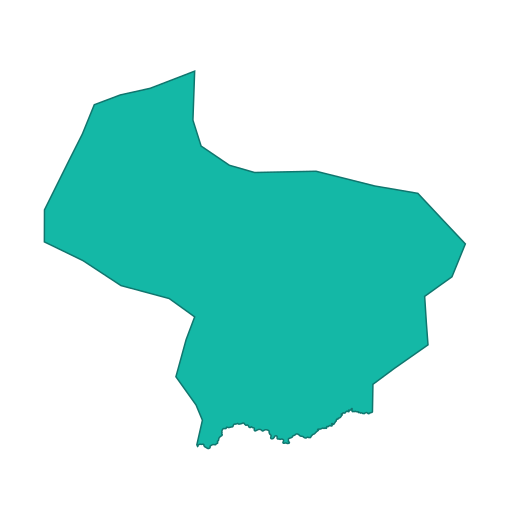 Erdenemandal, Arhangay, Mongolia, rotated 175°
{"feature_id": "93677404B38518016494864", "entity_name": "Erdenemandal", "entity_type": "district", "adm_level": 2, "iso_a3": "MNG", "parent_name": "Mongolia", "parent_adm1": "Arhangay", "projection": "robinson", "projection_center": [101.387, 48.374], "detail": "fine", "context": "isolated", "style": "filled", "palette": "teal", "viewbox_px": 512, "rotation_deg": 175, "n_neighbors": 0, "source": "geoboundaries", "source_scale": "gbopen_adm2", "svg_char_len": 5552}
<svg xmlns="http://www.w3.org/2000/svg" viewBox="0 0 512 512"><g transform="rotate(175 256 256)"><path d="M462.7,320.4L465.6,288.5L428.8,266.5L393.1,238.3L346.2,221.2L322.4,200.7L332.9,178.8L346.3,142.7L328.7,112.8L323.7,97.1L331.4,73.1L330.8,71.4L330.5,71.6L330.3,71.8L330.2,72.6L329.8,72.9L329.3,73.1L328.6,73.3L327.7,73.4L327.0,73.1L326.3,73.1L325.5,73.2L324.8,73.0L324.4,72.6L324.4,72.3L324.4,71.7L324.2,71.2L323.9,70.7L323.4,70.2L322.7,69.8L322.2,69.4L321.4,68.8L320.9,68.5L320.4,68.3L319.6,68.4L318.5,69.0L318.4,69.6L318.3,69.9L318.3,70.5L318.1,70.7L317.6,71.0L317.1,71.3L316.3,71.6L315.5,71.9L315.0,71.9L313.9,71.7L313.5,71.6L313.1,71.5L312.6,71.6L312.2,72.1L311.7,72.5L311.4,72.6L310.9,72.7L310.6,72.9L310.5,73.2L310.5,73.8L310.5,74.3L310.5,74.8L310.2,74.9L309.9,75.2L309.6,75.4L309.4,75.7L309.2,76.3L309.1,76.8L309.0,77.5L307.9,78.7L307.2,79.3L305.8,80.0L305.3,80.6L305.2,80.9L305.4,81.5L305.6,81.7L305.5,82.6L305.3,82.9L305.2,83.2L305.4,83.9L305.2,84.6L305.0,85.3L304.6,85.9L303.9,86.7L303.6,86.9L303.4,86.9L302.8,86.9L302.1,86.7L301.4,86.7L300.9,86.8L300.7,87.1L300.5,87.7L300.0,88.0L299.5,87.9L298.8,87.6L298.0,87.4L295.7,87.8L294.9,87.8L294.5,87.9L294.2,87.9L293.8,88.3L293.5,89.0L293.1,89.8L292.5,90.3L291.7,90.4L291.1,90.3L290.0,90.5L289.4,90.6L288.8,90.8L288.0,90.1L287.6,90.0L287.1,90.0L286.5,90.1L285.8,90.1L285.1,90.3L284.7,90.3L284.3,90.5L283.9,90.7L283.6,90.7L283.2,90.7L282.3,90.3L282.0,89.4L281.3,88.8L281.1,88.5L280.9,88.3L280.7,88.2L279.6,88.4L279.4,88.4L279.0,88.2L278.8,88.1L278.5,87.6L278.2,87.1L278.1,86.5L277.8,86.1L277.2,85.7L276.7,85.6L276.4,85.7L276.1,85.9L275.8,86.2L275.6,86.3L275.4,86.3L275.2,86.1L274.4,85.3L274.0,85.2L273.5,85.1L273.0,84.9L272.8,84.6L272.7,84.3L272.7,83.8L273.0,82.9L272.7,82.4L272.5,82.0L272.0,81.8L271.5,81.9L269.0,82.9L268.1,83.0L267.1,82.9L266.5,82.6L266.0,82.3L265.5,81.9L265.1,81.3L264.7,81.1L264.3,81.1L263.8,81.3L262.7,81.9L261.6,82.1L260.9,82.0L260.1,81.8L259.4,81.5L258.6,80.9L258.2,80.3L258.1,79.7L258.3,79.2L258.2,78.4L257.7,77.2L257.3,76.9L256.7,76.0L256.6,75.6L256.7,75.2L257.2,74.0L257.2,73.3L256.9,72.8L256.3,72.5L255.7,72.5L255.0,72.6L254.3,73.1L253.8,73.6L253.0,74.8L252.5,75.1L252.0,75.2L251.4,75.1L251.0,74.8L250.7,74.2L250.7,73.6L250.8,73.2L250.9,72.7L250.7,72.2L250.4,71.9L250.1,71.7L249.0,71.7L248.0,71.2L247.7,71.2L246.9,71.4L246.4,71.4L245.9,71.3L245.4,71.1L244.8,70.6L244.6,70.4L244.6,69.9L244.7,69.4L244.8,68.9L245.1,68.5L245.4,68.2L245.4,67.9L245.4,67.6L245.3,67.4L245.0,67.1L244.5,67.0L243.5,67.1L242.8,67.2L242.0,67.0L241.6,66.7L241.2,66.5L240.6,66.5L240.1,66.5L239.6,66.5L239.2,66.8L239.0,67.2L239.0,67.6L239.3,67.9L239.7,68.2L240.0,68.5L239.7,69.5L239.7,70.8L239.5,71.1L239.1,71.4L238.6,71.5L237.2,71.8L236.4,72.1L235.9,72.3L235.4,72.8L235.1,73.3L234.7,73.7L233.5,74.0L232.9,74.2L231.8,75.0L231.3,75.2L230.6,75.2L230.1,75.0L229.2,74.5L228.7,74.0L228.2,73.3L227.1,72.6L225.9,72.4L225.2,72.1L224.7,71.9L224.3,71.3L223.7,70.9L223.2,70.6L222.7,70.4L222.3,70.4L221.8,70.4L220.9,70.9L220.5,71.0L220.2,71.0L219.8,70.8L219.5,70.6L219.2,70.5L218.8,70.5L217.9,70.4L217.6,70.4L217.4,70.7L216.9,71.2L216.8,71.5L216.6,71.9L216.3,72.1L215.9,72.3L215.7,72.6L215.4,73.0L214.8,73.3L213.6,73.6L212.8,74.1L212.4,74.5L211.8,75.0L211.0,75.7L209.2,76.8L209.0,77.0L208.9,77.2L209.1,77.3L209.5,77.4L209.7,77.6L209.6,77.9L209.3,78.0L208.7,78.1L207.4,78.0L206.9,78.0L206.6,78.0L206.3,78.2L205.8,78.3L205.4,78.4L204.9,78.7L204.6,78.7L204.2,78.7L203.4,78.3L203.1,78.3L202.8,78.4L202.3,78.7L202.1,78.7L201.6,78.3L201.3,78.2L201.0,78.2L200.8,78.4L200.6,78.7L200.5,79.0L200.5,79.3L200.5,79.5L200.2,79.9L200.1,80.0L199.4,79.8L199.0,79.8L198.7,79.8L198.4,80.0L197.9,80.5L197.7,80.6L197.4,80.7L197.1,80.6L196.0,80.1L195.6,80.1L195.2,80.2L195.0,80.3L194.9,80.7L194.9,81.1L195.3,82.0L195.2,82.2L195.1,82.4L194.9,82.5L194.7,82.5L194.2,82.2L194.1,81.9L193.8,81.6L193.5,81.5L193.3,81.5L192.9,81.9L192.5,82.5L191.9,83.1L191.5,83.7L191.2,84.2L190.6,84.5L190.4,84.8L190.1,86.0L189.9,86.3L189.7,86.4L189.0,86.3L188.7,86.3L188.4,86.6L188.4,87.0L188.2,87.2L188.0,87.3L186.9,87.4L186.6,87.6L186.2,87.8L185.9,88.1L185.4,88.5L184.9,89.3L184.6,89.6L184.1,90.0L184.1,90.4L184.4,90.7L184.8,91.0L184.7,91.2L183.9,91.2L183.6,91.2L183.4,91.4L183.2,91.7L183.1,92.0L182.9,92.1L182.5,92.2L181.7,91.8L181.3,91.8L180.9,91.9L180.6,92.2L180.4,92.6L180.2,92.8L179.3,93.3L178.9,93.5L178.6,93.5L178.4,93.4L178.2,93.1L177.8,92.9L177.4,92.8L177.1,92.8L176.9,93.0L176.8,93.3L176.8,93.7L177.0,94.1L176.9,94.4L176.0,94.2L175.6,94.2L175.2,94.4L174.9,94.7L174.3,95.4L174.0,95.6L173.7,95.7L173.2,96.0L173.5,95.6L173.8,95.5L174.0,95.4L174.1,95.2L173.8,94.9L174.3,94.6L174.4,94.4L174.4,94.2L173.8,93.7L173.8,93.1L173.6,92.7L173.3,92.5L173.0,92.5L172.8,92.5L172.6,92.7L171.4,92.4L171.2,92.4L171.1,92.5L170.9,92.6L170.6,92.6L170.3,92.6L170.1,92.4L169.8,92.2L169.4,92.1L168.4,92.0L167.9,92.0L167.6,91.9L167.5,91.7L167.6,91.2L167.4,91.1L167.2,91.0L166.8,91.2L166.5,91.1L165.9,90.8L165.7,90.5L165.5,90.4L165.2,90.5L164.9,90.6L164.3,90.5L163.6,89.9L163.3,89.8L162.8,89.8L162.4,89.6L162.0,89.5L161.7,89.7L161.2,90.0L160.9,90.1L160.0,90.4L159.6,90.4L159.3,90.4L159.0,90.2L158.0,89.2L157.7,89.1L157.4,89.1L157.2,89.1L157.1,89.3L156.9,89.6L156.2,89.6L155.5,89.9L155.1,90.0L154.6,90.0L154.1,90.1L153.6,90.6L153.5,91.3L150.7,118.0L128.1,131.9L92.4,152.5L92.1,175.6L91.5,201.1L78.7,208.7L62.6,218.2L46.4,249.8L66.4,275.1L89.3,304.3L131.6,315.4L188.8,335.2L250.1,339.3L274.6,348.7L301.1,370.3L307.0,396.8L301.0,445.5L346.8,432.3L377.1,428.3L403.9,420.8L418.3,392.7L433.8,367.7L462.7,320.4Z" fill="#14b8a6" stroke="#0f766e" stroke-width="1.5"/></g></svg>